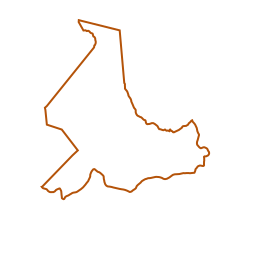 outline of Duyure, Choluteca, Honduras, rotated 200°
{"feature_id": "27666195B17818037881186", "entity_name": "Duyure", "entity_type": "district", "adm_level": 2, "iso_a3": "HND", "parent_name": "Honduras", "parent_adm1": "Choluteca", "projection": "albers", "projection_center": [-86.827, 13.631], "detail": "fine", "context": "isolated", "style": "outline", "palette": "amber", "viewbox_px": 256, "rotation_deg": 200, "n_neighbors": 0, "source": "geoboundaries", "source_scale": "gbopen_adm2", "svg_char_len": 5568}
<svg xmlns="http://www.w3.org/2000/svg" viewBox="0 0 256 256"><g transform="rotate(200 128 128)"><path d="M211.1,212.5L210.6,210.7L203.2,204.4L201.5,205.2L201.2,205.3L200.5,205.1L200.1,205.0L199.9,205.0L199.3,205.3L198.8,205.7L198.5,205.7L198.0,205.7L197.3,205.5L197.0,205.4L196.7,205.1L196.0,204.8L195.6,204.6L195.2,204.6L194.6,204.6L194.0,204.6L193.7,204.6L193.2,204.2L192.7,203.4L192.3,202.7L192.0,202.4L191.8,202.2L191.6,202.2L191.0,202.1L190.7,202.0L190.5,201.9L190.0,201.5L189.5,201.0L188.7,199.3L188.2,198.7L187.9,198.2L187.6,197.4L187.4,196.7L187.4,194.9L187.5,194.5L187.7,194.3L187.8,194.2L187.8,193.9L187.8,193.6L187.8,193.4L187.6,192.9L187.5,192.5L187.5,192.1L187.6,191.7L211.8,120.8L213.0,118.6L211.8,116.7L205.4,103.4L189.7,103.9L167.5,89.8L170.8,83.3L188.6,43.4L188.9,43.2L188.5,42.9L187.7,42.6L187.3,42.4L185.3,42.5L184.2,42.6L183.6,42.6L183.1,42.4L182.7,42.2L181.8,41.6L181.2,41.4L180.5,41.2L179.9,41.1L179.5,41.1L179.0,41.2L177.8,41.6L176.9,42.0L176.3,42.2L176.0,42.4L175.4,43.1L175.0,43.6L174.9,43.9L174.8,44.2L174.7,44.4L174.5,45.0L174.2,45.4L173.7,46.0L172.3,47.3L171.8,47.7L171.5,47.8L171.4,47.8L171.2,47.7L170.7,47.3L169.6,46.3L169.3,46.0L169.0,45.5L168.7,44.9L167.5,42.3L167.0,41.4L166.3,39.9L166.1,39.5L165.9,39.4L164.8,39.1L164.2,39.1L163.8,39.4L163.6,39.8L163.5,40.5L163.5,41.2L163.4,41.5L163.0,42.2L162.6,42.8L162.3,43.1L161.7,43.6L160.9,44.3L159.7,45.9L158.9,46.8L158.6,47.2L158.3,47.6L158.1,47.9L157.7,48.2L157.3,48.5L155.0,49.8L154.6,50.1L154.1,50.6L153.7,51.1L152.3,53.1L151.4,54.3L150.7,55.5L149.9,56.9L148.5,60.6L148.4,61.2L147.3,64.4L147.2,65.0L147.2,65.5L147.2,65.9L146.9,68.7L147.0,69.8L147.1,70.1L147.4,70.8L147.5,71.5L147.5,72.1L147.5,72.8L147.4,74.4L147.3,74.9L146.7,76.8L146.6,77.1L146.4,77.3L146.2,77.5L145.9,77.7L145.6,77.8L145.3,77.9L145.1,77.8L142.6,76.9L141.8,76.6L140.9,76.5L139.8,76.6L139.5,76.5L139.0,76.4L137.9,76.0L136.4,75.4L135.3,74.9L134.9,74.7L134.6,74.4L134.3,74.1L133.9,73.2L133.5,72.3L133.3,71.9L132.5,70.7L131.6,69.1L130.9,68.3L130.5,67.7L129.6,67.0L129.0,66.6L128.8,66.5L128.5,66.4L127.7,66.2L127.2,66.2L126.9,66.2L126.5,66.3L125.4,66.6L123.7,66.9L122.9,67.0L121.4,67.1L119.0,67.4L115.0,67.9L113.3,68.2L111.4,68.6L109.8,68.8L109.1,68.8L107.7,68.8L106.4,68.7L104.8,68.5L104.4,68.5L104.2,68.6L103.6,69.0L102.9,69.6L102.5,70.4L102.0,71.2L100.8,72.8L100.2,73.7L100.1,74.0L100.0,74.4L100.0,75.3L99.9,76.0L99.9,76.5L99.7,76.9L99.6,77.2L99.2,78.0L97.5,80.9L96.9,82.6L96.7,82.9L96.4,83.3L95.7,84.2L95.2,84.8L94.6,85.5L94.1,86.0L93.3,86.5L92.2,87.5L91.5,87.9L90.5,88.3L89.4,88.9L85.8,91.2L84.9,91.7L82.5,92.4L81.5,92.6L80.1,92.7L79.0,92.7L77.9,92.5L77.1,92.4L76.3,92.5L75.2,92.9L74.1,93.6L72.2,95.7L71.6,96.6L70.9,97.7L70.3,98.6L69.7,99.4L68.9,100.0L68.0,100.6L67.2,100.9L64.0,102.3L60.6,104.5L59.0,105.0L57.3,105.8L55.6,106.4L54.3,106.7L52.1,107.8L50.6,108.5L50.3,108.7L50.2,109.6L50.2,110.3L50.2,111.1L50.3,111.6L50.4,111.9L50.4,112.2L50.4,112.5L50.2,113.0L49.9,113.7L49.6,114.7L49.4,115.5L48.9,116.2L48.8,116.4L48.2,116.8L47.5,117.4L44.7,117.9L44.2,118.1L44.0,118.3L43.9,118.5L43.8,119.0L44.2,119.9L45.1,122.6L45.1,122.9L45.2,123.5L45.5,124.0L45.7,124.8L46.0,125.5L46.2,125.9L46.6,126.6L46.7,127.0L46.5,127.3L46.2,127.6L45.9,127.7L45.3,127.9L44.9,128.1L43.9,129.1L43.5,129.5L43.3,129.9L43.2,130.1L43.1,130.6L43.0,131.1L43.0,131.5L43.1,131.9L43.2,132.2L43.3,132.4L43.5,132.8L43.7,133.1L44.1,133.4L44.9,134.0L45.2,134.3L45.8,134.9L46.0,135.2L46.6,135.6L46.9,135.7L47.2,135.8L47.8,135.9L49.0,136.0L49.6,136.0L49.9,135.9L50.2,135.8L50.6,135.6L52.3,134.1L52.5,134.0L52.7,133.9L53.5,134.0L54.4,134.3L56.9,135.7L57.2,135.9L57.6,136.4L57.8,136.9L58.1,137.4L58.2,138.0L58.4,138.8L58.4,140.3L58.5,141.8L58.7,143.7L58.8,145.3L58.9,145.7L59.1,146.2L59.2,146.3L59.4,146.5L59.9,146.8L60.1,147.0L61.7,148.7L63.4,151.5L65.2,153.3L66.0,154.1L66.7,154.6L67.9,155.3L69.1,155.9L69.5,156.1L69.9,156.5L70.0,156.7L70.1,157.0L70.3,157.2L70.8,156.7L71.1,156.1L71.3,155.4L71.4,155.2L71.9,154.1L72.4,153.4L72.5,153.2L72.7,151.7L73.0,151.3L74.1,149.9L76.4,148.8L76.8,148.6L77.0,148.4L77.1,148.2L77.3,147.9L77.4,147.6L77.4,147.0L77.7,146.3L78.2,145.6L79.5,143.6L82.3,140.8L83.0,140.0L83.4,139.7L83.9,139.5L84.1,139.5L84.3,139.5L84.6,139.8L84.8,139.9L85.4,140.1L85.8,140.1L86.2,140.0L86.4,140.1L87.1,140.5L87.6,140.9L87.9,141.0L88.0,140.9L88.1,140.6L88.2,139.9L88.1,139.4L88.1,139.2L88.4,139.2L88.7,139.3L89.8,139.2L90.3,138.9L90.7,138.7L91.0,138.6L92.4,139.1L92.7,139.2L92.8,139.1L93.0,139.0L93.3,138.6L93.7,138.2L93.9,138.1L94.1,138.0L94.9,137.9L97.0,137.9L97.8,137.8L98.2,137.6L98.4,137.7L98.6,137.8L99.5,138.5L100.2,139.2L100.5,139.5L100.9,139.8L101.3,140.0L104.0,140.9L105.1,141.1L105.9,141.2L106.3,141.1L106.8,140.9L107.3,140.7L108.6,139.6L109.3,139.1L110.8,138.4L111.2,138.2L111.5,138.2L111.8,138.3L112.1,138.4L112.4,138.6L112.6,138.8L113.0,139.2L113.4,139.9L114.0,140.8L114.1,141.0L114.3,141.1L114.5,141.2L115.7,141.1L116.0,141.2L116.7,141.4L118.3,142.2L119.1,142.5L119.5,142.6L119.9,142.5L120.2,142.5L121.1,142.6L122.2,142.8L122.7,142.8L123.0,142.8L123.3,142.9L123.7,143.1L124.0,143.2L124.3,143.5L124.8,143.8L125.2,144.3L125.7,144.8L126.0,145.2L126.2,145.6L126.5,146.4L126.7,147.0L127.0,147.6L127.2,147.8L127.9,148.3L128.9,148.8L129.3,149.2L129.8,149.6L131.3,151.3L133.9,154.0L134.1,154.3L134.3,154.8L134.5,155.1L134.9,155.6L135.3,156.0L135.6,156.4L138.1,158.1L138.5,158.5L138.8,158.8L139.0,159.3L139.4,159.8L140.0,160.6L140.6,161.3L141.1,161.9L141.6,162.3L143.6,163.5L144.1,163.8L144.3,164.0L144.9,165.7L145.3,166.5L145.9,168.2L146.4,168.7L146.9,169.0L169.2,216.9L211.1,212.5Z" fill="none" stroke="#b45309" stroke-width="2"/></g></svg>